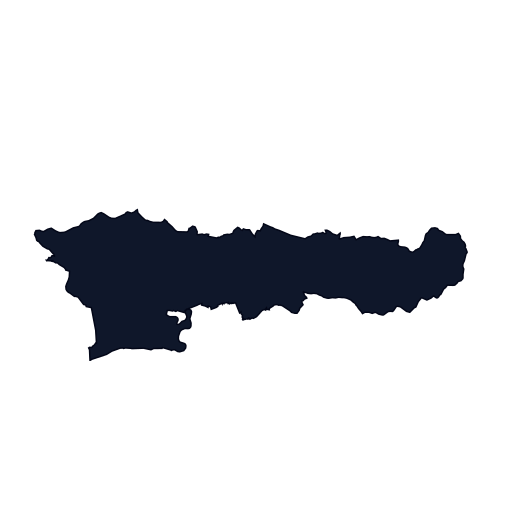 the district of Comana, Brasov, Romania, rotated 335°
{"feature_id": "2599482B70960517450841", "entity_name": "Comana", "entity_type": "district", "adm_level": 2, "iso_a3": "ROU", "parent_name": "Romania", "parent_adm1": "Brasov", "projection": "orthographic", "projection_center": [25.274, 45.907], "detail": "fine", "context": "isolated", "style": "filled", "palette": "ink", "viewbox_px": 512, "rotation_deg": 335, "n_neighbors": 0, "source": "geoboundaries", "source_scale": "gbopen_adm2", "svg_char_len": 6090}
<svg xmlns="http://www.w3.org/2000/svg" viewBox="0 0 512 512"><g transform="rotate(335 256 256)"><path d="M139.4,305.8L141.1,305.9L142.7,306.6L144.7,309.5L146.4,310.6L150.5,311.2L153.3,309.7L154.5,307.8L154.7,306.7L154.6,305.8L153.8,304.7L150.7,301.9L150.3,300.1L150.6,298.3L151.9,295.8L155.3,292.3L157.3,291.5L160.8,291.6L163.8,293.1L165.1,293.4L166.5,292.9L167.5,291.9L168.8,289.3L169.3,285.7L169.7,284.6L172.7,281.3L174.0,279.2L174.1,277.6L172.9,276.0L171.5,275.3L169.5,275.4L168.7,276.0L168.0,277.0L167.9,280.6L167.7,281.7L167.3,282.4L165.9,283.6L164.2,284.4L161.3,284.0L157.6,285.4L155.7,284.7L155.5,284.1L155.9,283.2L158.0,281.5L158.7,280.2L158.7,279.0L158.3,278.0L157.5,277.0L152.3,274.6L151.2,273.5L149.9,271.2L152.5,267.9L154.4,268.6L157.2,270.6L158.2,270.5L159.9,272.3L161.7,272.2L167.3,277.1L168.7,275.4L171.0,274.8L172.3,275.1L181.7,275.7L183.7,275.6L186.9,276.1L186.0,277.5L188.9,279.9L190.8,282.3L191.6,281.0L193.4,283.0L192.9,285.4L198.2,285.8L200.1,285.5L200.3,284.5L204.3,284.4L205.0,284.5L205.1,285.1L205.4,284.6L206.3,285.0L206.8,285.7L207.3,285.2L209.9,285.9L210.5,286.6L210.9,286.5L210.7,286.9L210.9,287.1L210.8,287.4L211.7,287.5L211.8,288.2L213.5,288.0L213.7,288.7L214.8,289.0L214.9,288.7L215.4,289.3L216.6,289.2L216.7,289.6L217.7,289.8L217.1,300.7L218.6,300.4L218.2,301.1L218.2,302.3L218.8,303.8L218.2,304.5L217.6,306.0L218.0,306.8L217.0,307.7L217.1,308.3L217.6,308.2L217.8,308.6L218.0,308.6L218.1,308.1L218.6,308.0L219.4,308.8L221.4,309.1L221.9,309.7L222.6,309.6L222.7,309.1L222.9,309.0L223.4,309.2L223.7,309.8L223.3,310.2L223.7,310.4L223.8,310.7L226.2,310.5L227.3,311.4L230.8,311.2L235.6,309.2L236.1,308.6L236.8,308.7L238.2,308.0L240.7,307.9L241.6,308.8L241.7,307.7L242.0,308.4L242.7,308.7L242.4,307.9L243.6,307.4L243.3,308.4L243.4,309.0L245.3,310.3L245.5,309.5L246.7,309.0L250.2,308.6L252.0,308.0L254.5,308.9L255.9,310.3L257.3,310.6L257.8,311.4L258.6,311.8L263.6,319.9L264.4,322.1L267.0,324.3L269.0,325.2L272.2,323.4L273.5,321.9L278.0,320.1L278.0,317.4L278.4,316.3L280.0,316.3L281.6,315.5L284.2,315.7L284.3,314.8L283.4,312.6L283.3,311.6L283.6,308.6L284.1,308.4L284.6,309.0L284.9,309.8L285.6,310.0L287.2,311.7L290.0,313.4L292.6,314.2L295.3,315.9L296.9,318.1L298.7,319.8L299.9,321.9L302.6,324.2L304.0,325.0L307.6,326.0L310.4,327.6L313.5,328.3L316.5,330.1L318.1,330.8L320.5,332.6L323.4,335.9L324.6,338.8L325.9,341.0L325.9,342.7L326.4,344.0L326.8,347.0L327.9,350.9L328.2,353.2L330.9,353.0L334.7,354.8L337.1,357.1L340.2,357.4L341.3,358.5L342.6,360.5L345.5,362.8L346.7,363.3L352.0,362.2L354.0,362.7L356.4,364.0L357.8,363.5L361.8,361.1L363.0,361.3L365.4,363.1L369.0,369.8L371.6,372.0L377.5,369.8L379.3,369.8L383.8,365.9L388.2,363.8L388.7,364.0L392.3,368.1L396.8,368.1L400.0,367.2L401.8,370.2L402.9,370.6L404.4,370.1L406.0,368.9L407.0,369.0L407.7,368.6L412.0,365.3L414.5,364.7L417.1,363.3L422.3,365.9L423.9,366.4L427.0,365.4L428.3,364.5L431.3,365.0L433.7,364.0L434.3,363.4L435.9,360.0L438.8,355.6L438.8,354.1L439.1,352.5L440.3,350.5L442.8,348.4L447.2,342.9L448.6,342.2L449.0,341.7L449.3,338.2L449.1,336.1L450.1,335.6L450.5,333.7L450.3,331.4L449.3,329.5L448.7,326.6L449.6,324.4L449.0,321.1L446.0,321.0L437.7,317.1L436.9,316.3L435.1,312.7L432.6,310.1L432.3,309.5L432.1,307.8L430.1,306.1L426.8,305.0L424.3,306.0L421.9,307.5L419.7,307.8L418.3,309.0L414.9,313.4L412.9,314.4L411.3,315.8L408.0,318.0L406.8,318.2L405.3,318.0L404.4,318.3L403.5,318.0L400.8,318.8L399.2,318.7L397.0,316.5L396.6,313.3L395.7,312.0L394.6,310.9L391.0,308.8L389.4,307.1L389.4,305.2L391.3,302.8L391.7,301.8L383.9,299.0L381.9,296.5L379.7,294.2L376.6,293.0L374.8,290.0L373.1,290.0L371.0,289.4L368.7,288.0L367.1,286.5L364.7,285.6L361.3,283.7L357.3,283.4L353.6,283.6L353.1,279.6L349.0,278.7L343.3,276.5L339.0,276.0L338.6,275.5L339.5,274.5L340.6,272.7L341.6,271.6L341.9,270.8L338.3,271.7L334.7,268.3L333.2,265.1L331.4,262.8L330.8,262.4L329.7,262.0L329.6,264.1L328.9,265.1L327.7,264.8L326.4,262.9L324.7,262.9L322.2,262.0L321.4,261.2L318.3,260.8L317.1,260.3L314.5,261.3L311.0,260.7L307.8,261.2L296.2,251.9L287.7,242.5L284.4,239.4L283.1,237.4L281.3,235.7L276.5,230.1L275.0,232.0L272.3,233.5L270.5,235.0L268.1,233.6L267.7,233.7L264.7,235.9L263.2,238.2L261.9,234.5L261.2,229.5L258.0,228.0L256.0,226.1L254.3,227.0L253.4,225.8L252.6,223.6L251.5,222.3L246.9,223.5L245.6,224.5L245.1,225.3L244.1,225.6L241.0,225.3L239.2,224.2L235.7,223.3L234.9,223.8L232.5,223.5L231.3,224.0L230.3,223.2L229.5,223.5L229.1,223.0L228.0,223.1L220.9,217.9L222.2,216.4L220.4,215.2L217.9,214.8L216.5,213.4L211.8,211.9L211.8,211.2L213.0,209.1L213.1,204.2L212.9,203.7L211.2,202.2L207.9,202.9L207.0,202.7L205.1,204.9L203.7,205.1L195.2,200.9L194.2,199.6L193.5,198.1L192.3,194.0L189.5,187.6L189.9,187.3L188.5,184.3L186.7,185.4L184.3,185.5L177.0,182.0L174.4,179.9L172.7,177.9L171.8,177.5L170.8,176.6L168.9,172.1L167.2,166.9L168.0,163.9L166.5,164.0L164.4,164.7L161.2,164.5L158.3,161.8L156.7,161.8L155.0,162.7L144.3,162.5L141.0,160.8L139.1,158.8L135.9,153.5L134.1,151.3L132.2,151.0L130.4,151.1L124.7,153.2L119.4,153.4L115.4,152.4L114.0,152.4L111.2,152.9L108.9,154.2L107.8,154.4L102.3,153.3L93.7,153.7L92.0,153.4L88.3,152.0L87.1,151.1L84.8,148.4L82.2,144.3L78.6,143.7L73.9,144.1L72.3,143.1L70.6,141.2L67.3,140.0L65.5,141.4L65.2,142.2L64.4,142.8L64.4,146.4L63.9,149.1L64.4,150.3L65.4,151.1L65.4,152.1L67.0,157.1L69.9,161.3L71.5,162.5L72.9,167.5L73.5,168.2L73.6,169.9L73.3,170.9L72.0,169.6L71.0,169.6L69.9,170.6L68.7,170.5L67.6,169.9L66.6,170.8L64.9,171.5L64.2,171.2L64.3,171.9L65.7,172.3L66.3,172.8L69.5,174.2L68.8,174.5L70.4,175.7L71.6,177.6L73.2,178.3L74.1,180.6L77.3,185.3L77.8,187.4L77.6,188.3L80.6,191.0L77.9,196.1L75.8,198.5L72.6,201.3L70.8,203.2L69.8,205.9L69.9,207.6L70.6,209.6L71.8,211.1L74.3,215.8L75.6,216.4L77.4,218.1L79.3,227.1L81.0,228.4L80.8,230.1L85.0,233.2L79.3,255.7L74.6,267.5L74.2,267.0L71.8,268.4L69.5,268.8L69.1,269.4L68.6,269.6L66.5,268.4L65.5,268.6L65.5,270.6L61.5,280.3L62.0,280.5L63.5,280.2L79.0,282.0L85.2,281.3L94.0,282.1L96.6,283.2L96.9,283.8L98.7,284.1L103.5,286.7L104.4,287.5L115.1,292.0L121.2,296.6L124.0,296.5L131.8,300.0L132.5,299.4L139.4,305.5L139.4,305.8Z" fill="#0f172a" stroke="#020617" stroke-width="1.5"/></g></svg>